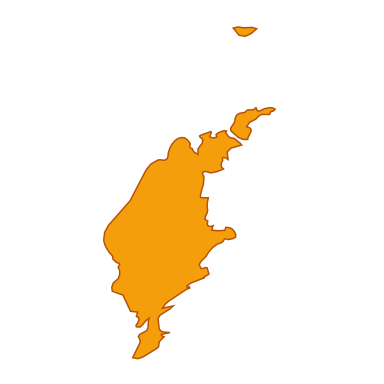 SVG path tracing the border of Gotland, rotated 348°
{"feature_id": "SWE-193", "entity_name": "Gotland", "entity_type": "County", "adm_level": 1, "iso_a3": "SWE", "parent_name": "Sweden", "parent_adm1": "", "projection": "natural_earth1", "projection_center": [18.734, 57.653], "detail": "fine", "context": "isolated", "style": "filled", "palette": "amber", "viewbox_px": 384, "rotation_deg": 348, "n_neighbors": 0, "source": "natural_earth", "source_scale": "10m", "svg_char_len": 3227}
<svg xmlns="http://www.w3.org/2000/svg" viewBox="0 0 384 384"><g transform="rotate(348 192 192)"><path d="M243.3,147.8L244.9,148.9L249.4,154.5L250.4,156.4L239.3,157.2L234.8,160.1L234.0,167.7L232.2,165.8L230.2,164.8L228.8,165.2L228.6,167.7L227.1,169.3L226.1,171.4L226.1,173.8L227.6,176.1L221.2,177.2L215.5,177.3L213.5,176.9L210.2,175.0L208.4,174.5L206.3,175.1L206.1,176.4L206.6,178.2L206.8,180.1L204.6,187.1L201.8,192.1L201.0,194.2L200.3,195.4L199.5,197.1L199.2,199.1L200.2,199.6L206.8,201.1L205.3,204.3L204.3,207.1L203.7,209.9L203.5,213.2L202.3,215.9L200.0,218.8L199.0,221.5L201.4,223.6L200.2,226.8L200.9,228.8L202.9,229.6L205.7,229.3L204.9,230.4L203.5,233.5L209.7,235.4L216.1,236.3L216.8,235.6L217.1,234.3L217.9,233.5L219.9,234.2L222.5,235.5L223.3,236.2L224.3,237.7L225.3,239.8L225.9,242.6L225.3,245.1L222.7,246.1L217.8,246.1L217.2,245.9L215.4,244.9L214.4,244.7L213.6,245.2L211.7,247.1L210.7,247.5L205.4,248.4L200.4,250.8L195.8,254.3L192.1,258.1L186.1,261.9L183.9,264.7L185.0,268.7L186.3,269.1L189.6,268.7L191.0,269.3L191.5,275.8L185.8,277.8L186.1,278.5L171.9,280.8L167.6,282.7L167.6,284.2L169.8,284.2L169.8,285.5L166.1,286.1L146.3,294.0L142.3,296.3L139.0,299.5L150.0,299.5L146.3,301.7L134.9,305.9L132.5,308.7L131.4,319.3L133.1,321.9L135.6,323.3L141.3,324.9L132.4,324.9L132.4,326.3L134.6,327.8L130.5,330.4L128.7,332.0L127.1,336.4L125.0,337.7L109.9,343.1L104.4,343.8L99.5,341.7L109.9,328.5L110.3,326.8L110.1,324.7L109.5,322.1L111.5,320.3L117.5,318.7L119.8,317.2L121.1,314.6L122.5,309.0L123.8,306.6L120.0,308.3L116.5,311.3L113.1,313.3L109.5,312.3L109.5,310.7L111.6,308.9L113.4,306.2L113.7,303.6L111.7,302.3L112.3,301.2L113.2,299.3L113.9,298.2L107.1,295.9L103.0,278.5L93.4,272.5L93.7,268.6L96.0,264.7L102.0,261.3L104.1,257.6L104.9,253.4L104.1,250.3L106.2,247.8L105.8,246.5L104.3,245.8L103.0,244.7L102.5,243.8L101.0,241.9L100.7,240.8L100.9,238.2L100.4,237.0L98.7,234.3L97.0,230.2L95.8,225.5L95.6,220.8L98.2,213.2L103.5,207.1L129.6,187.7L151.6,161.0L157.4,156.2L165.4,153.6L167.7,153.9L170.1,154.8L172.5,155.2L174.7,154.2L175.7,152.7L176.6,149.8L177.5,147.8L179.8,144.0L182.6,140.8L185.7,138.4L189.3,136.8L193.0,136.5L196.0,137.5L198.3,140.0L200.2,143.7L200.3,144.7L199.9,145.5L199.4,146.3L199.2,147.1L199.5,148.3L200.2,148.9L201.0,149.3L201.3,150.0L201.7,152.0L202.6,153.6L205.7,156.4L206.8,151.2L209.5,148.6L212.1,146.6L213.4,143.0L212.6,141.7L211.3,140.1L211.1,138.7L213.3,138.1L223.1,136.8L223.1,138.1L220.7,141.7L223.7,143.6L227.6,143.5L227.5,140.8L230.0,139.6L233.1,138.9L236.2,138.7L238.4,139.5L237.2,140.8L238.0,142.7L239.1,145.0L240.8,147.0L243.3,147.8ZM280.2,125.6L285.4,125.6L287.8,126.3L290.6,128.2L289.6,129.1L288.6,129.6L287.4,129.8L286.1,129.6L283.9,132.3L276.2,130.5L272.7,131.8L269.5,134.0L262.6,135.9L259.1,139.5L261.2,140.8L262.4,142.0L262.7,143.4L262.3,145.2L257.7,151.0L257.5,152.1L254.9,151.8L252.5,150.9L250.3,149.5L248.3,147.8L242.7,140.1L243.1,137.7L244.3,136.3L247.6,133.2L248.8,131.2L249.5,129.1L250.6,127.2L252.5,125.6L255.0,124.9L260.4,125.1L262.8,123.4L264.2,123.4L266.6,124.0L269.5,124.2L272.1,122.8L272.8,126.2L275.0,126.8L280.2,125.6ZM289.2,45.8L282.8,49.3L276.4,50.8L270.6,48.4L266.4,40.2L271.9,40.2L276.1,42.0L285.1,43.5L289.2,45.8Z" fill="#f59e0b" stroke="#b45309" stroke-width="1.5"/></g></svg>